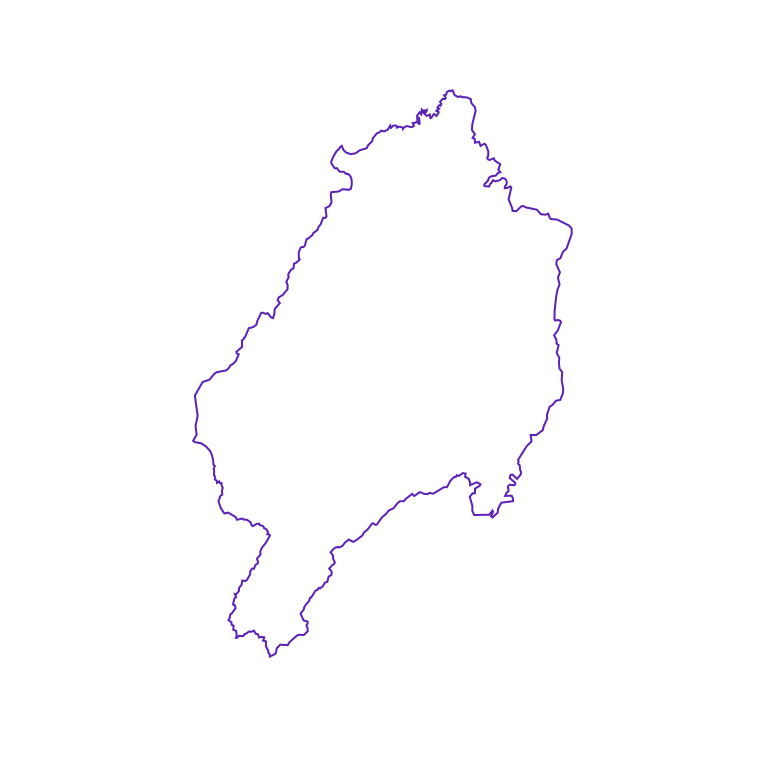 Nakhon Thai, Phitsanulok, Thailand, rotated 205°
{"feature_id": "78962969B15017109153074", "entity_name": "Nakhon Thai", "entity_type": "district", "adm_level": 2, "iso_a3": "THA", "parent_name": "Thailand", "parent_adm1": "Phitsanulok", "projection": "equal_earth", "projection_center": [100.905, 17.13], "detail": "fine", "context": "isolated", "style": "outline", "palette": "violet", "viewbox_px": 768, "rotation_deg": 205, "n_neighbors": 0, "source": "geoboundaries", "source_scale": "gbopen_adm2", "svg_char_len": 6148}
<svg xmlns="http://www.w3.org/2000/svg" viewBox="0 0 768 768"><g transform="rotate(205 384 384)"><path d="M226.7,367.7L228.7,368.3L229.3,370.8L230.4,371.9L228.4,388.0L226.0,394.2L229.5,399.8L224.5,402.0L220.6,409.3L221.4,412.9L221.5,421.7L223.3,425.0L224.3,433.1L222.4,436.5L221.1,441.5L217.5,444.1L218.0,451.3L219.3,455.0L224.6,462.6L227.5,470.0L231.4,472.1L234.5,477.2L236.2,481.8L240.6,485.1L242.2,493.1L244.6,493.5L246.4,496.9L250.5,500.0L249.1,506.1L249.8,515.0L251.2,515.8L253.5,515.5L255.6,513.9L256.7,514.4L260.3,522.4L264.9,536.0L266.7,543.2L266.9,548.2L271.3,553.9L271.8,559.6L278.6,565.5L279.7,569.3L277.3,572.6L277.7,579.3L275.8,583.8L277.3,599.3L279.6,604.2L283.4,605.8L296.5,606.2L302.4,604.1L303.9,604.5L307.1,607.8L309.2,605.7L313.6,604.1L319.1,606.6L330.1,604.0L333.4,604.1L334.7,602.9L337.1,596.6L340.7,595.2L342.0,597.4L349.1,604.0L351.6,615.8L353.2,616.4L354.9,613.9L357.3,612.5L357.9,614.2L357.3,616.8L358.0,618.7L359.5,620.5L361.4,621.1L363.9,620.7L365.2,617.6L368.8,614.6L371.4,614.8L371.5,611.7L372.4,610.2L372.2,607.4L376.6,605.8L377.5,607.3L375.8,611.7L376.0,615.5L374.7,617.4L370.8,620.1L369.8,623.6L368.1,625.1L371.0,626.7L371.5,632.3L378.1,633.3L379.8,635.0L382.9,631.7L384.6,631.5L386.1,632.6L385.9,634.6L387.9,639.1L392.9,643.9L394.7,644.1L397.1,640.6L400.3,643.7L403.4,641.1L405.2,644.3L407.7,644.5L407.1,648.7L411.8,651.5L413.9,657.4L416.4,670.2L418.6,673.3L423.5,675.5L425.7,678.8L429.8,678.8L434.9,676.9L436.1,677.2L438.4,675.3L442.2,675.8L446.0,679.2L447.6,677.4L448.8,677.5L450.4,675.3L450.0,672.6L451.5,671.0L449.0,669.6L449.2,668.0L451.3,667.2L452.5,663.3L450.3,662.0L450.4,660.1L451.7,660.1L452.4,657.2L450.4,656.7L451.9,654.5L451.8,653.5L449.7,653.9L449.2,653.2L449.7,649.1L452.9,649.8L453.7,645.2L454.4,644.6L456.4,647.6L458.5,645.0L461.5,645.9L460.7,649.6L461.1,650.5L461.9,649.2L463.1,649.1L462.8,645.8L463.4,647.4L465.6,648.6L464.3,644.2L466.5,645.4L467.4,641.3L465.8,638.1L465.0,640.0L464.1,639.3L461.7,634.9L462.8,634.5L464.2,636.5L466.3,633.8L468.2,632.6L466.0,630.6L466.5,629.5L467.6,628.4L472.3,627.4L474.1,625.3L474.7,623.2L475.4,624.4L478.7,623.8L480.7,621.8L481.5,623.2L482.7,623.2L484.8,622.2L485.9,619.1L487.6,620.8L488.0,616.1L490.5,613.1L493.7,612.4L494.4,610.3L496.4,608.2L498.0,602.0L497.3,599.1L499.4,593.5L499.3,590.4L504.5,585.9L507.5,580.8L511.5,578.2L516.3,577.8L519.7,579.0L522.9,582.0L523.9,580.3L524.0,578.0L525.4,575.2L526.1,567.8L525.8,563.1L524.7,561.6L519.7,558.6L517.9,559.7L514.0,557.7L510.2,559.3L506.8,558.4L505.3,559.3L502.0,557.9L500.0,555.9L497.7,551.7L496.5,547.0L497.8,545.2L503.8,543.1L506.6,539.2L512.8,535.6L512.5,533.6L508.3,526.4L508.6,522.1L511.4,518.7L506.9,511.5L507.4,509.7L509.4,508.9L508.9,501.7L509.7,499.1L509.5,495.3L511.9,490.8L511.8,488.9L514.3,483.6L515.4,482.5L514.2,476.0L514.9,474.0L516.4,473.5L517.2,472.1L516.9,467.3L514.2,461.8L513.0,461.2L514.7,457.0L516.4,455.0L514.9,450.5L516.5,448.2L517.1,444.5L516.9,442.2L515.6,440.8L515.7,435.4L513.0,432.7L511.5,429.1L513.5,421.6L516.0,418.1L515.8,415.0L512.6,413.3L514.8,405.8L513.1,401.6L512.4,396.8L514.8,396.7L519.4,399.1L520.6,397.6L524.4,397.3L525.4,396.4L525.4,387.1L524.7,383.8L526.9,380.0L530.1,377.5L529.7,367.9L530.4,366.7L530.2,365.1L531.2,363.5L528.3,357.6L531.4,350.9L530.6,349.5L528.2,349.5L528.0,342.2L529.4,338.2L531.1,336.0L531.5,332.3L532.8,329.6L540.6,324.0L542.0,321.8L543.9,314.3L549.2,309.2L550.5,293.5L539.5,276.5L537.0,266.2L532.4,258.8L533.0,251.9L531.3,251.3L524.6,253.0L519.0,252.2L513.2,249.7L510.7,247.6L507.3,243.7L504.3,238.6L502.7,238.3L502.4,234.7L501.5,234.2L499.6,229.6L498.4,229.1L496.9,226.0L494.7,225.7L493.6,223.8L492.1,226.1L490.9,224.9L489.3,225.5L488.3,223.4L486.3,221.9L485.8,218.9L483.8,215.4L485.0,213.4L484.4,207.6L479.2,202.4L474.0,199.2L470.8,201.6L462.2,200.7L459.9,198.8L455.5,202.2L453.9,201.8L451.1,203.0L446.5,202.3L444.1,199.9L442.8,199.8L440.3,203.4L438.3,204.7L437.2,203.7L433.2,204.1L431.8,202.7L429.1,202.6L426.5,200.8L426.3,198.5L424.4,199.2L423.3,198.5L423.9,190.6L425.5,183.7L425.3,179.5L423.8,177.3L425.4,172.0L422.9,169.5L422.7,168.0L424.0,165.7L423.8,161.6L425.4,161.1L426.1,157.6L424.9,155.2L425.4,148.5L426.4,146.8L429.4,146.0L428.2,141.8L429.2,138.2L428.0,135.2L429.1,130.9L430.4,130.6L427.9,128.4L428.9,126.2L427.8,120.8L427.1,120.1L425.4,120.4L423.8,118.0L424.9,112.1L425.9,110.2L424.9,106.4L425.1,104.2L421.6,103.6L420.3,101.4L418.2,101.5L416.8,97.6L413.7,97.7L411.0,93.4L411.0,91.4L410.1,91.6L409.1,94.4L405.4,95.8L404.6,97.0L404.6,98.7L403.4,99.5L401.6,102.8L399.7,103.2L397.6,105.5L394.8,103.5L392.5,103.9L390.0,101.4L387.9,103.2L385.4,103.8L385.1,100.3L382.2,100.9L380.3,96.5L376.1,93.3L375.5,91.8L373.5,90.8L372.2,88.8L368.6,93.3L368.4,95.1L369.5,99.0L367.9,103.9L360.9,106.6L360.5,110.2L356.7,119.0L355.1,120.8L350.6,122.6L348.6,127.6L350.6,131.2L352.3,132.4L352.0,134.8L352.8,136.4L357.1,135.8L362.6,140.7L361.4,145.8L362.0,147.7L361.7,150.5L360.2,155.7L360.7,159.0L359.8,159.6L358.7,168.0L357.3,169.1L357.0,171.6L355.6,171.8L354.0,174.5L353.7,178.9L351.8,180.7L352.8,186.1L351.1,188.4L351.4,190.6L352.7,192.2L355.7,193.5L354.4,197.9L353.1,199.8L353.2,201.7L356.0,203.8L358.1,207.3L361.3,208.9L359.7,214.3L357.1,216.8L355.9,216.7L353.3,219.6L352.3,223.9L350.2,228.1L345.1,227.9L342.4,232.0L339.6,237.6L339.5,240.7L337.4,245.1L335.8,252.4L335.0,253.2L332.5,252.7L331.1,253.5L329.5,262.2L327.2,267.2L326.3,271.1L322.8,275.6L321.4,281.7L320.0,284.5L316.4,286.2L316.1,288.2L312.1,296.3L309.2,295.3L305.8,301.2L300.6,301.5L297.7,302.8L296.8,304.6L293.0,305.4L286.1,315.8L283.3,317.1L283.0,324.1L281.3,329.1L279.7,330.0L279.5,332.1L277.4,332.3L274.9,336.6L272.2,337.3L271.3,334.2L267.2,333.9L264.3,331.0L263.3,328.7L258.3,334.2L254.2,333.9L254.3,332.1L257.3,327.7L255.4,323.3L257.5,322.5L258.6,318.1L252.3,310.7L250.4,306.4L246.9,303.4L233.3,310.0L232.2,315.1L231.2,314.2L230.9,309.2L229.3,308.9L226.6,315.4L227.9,319.4L227.5,326.0L217.6,332.3L218.4,334.4L221.1,336.7L226.9,333.8L227.0,336.7L225.9,339.9L228.2,343.1L228.3,344.3L227.2,346.1L223.5,347.0L222.6,348.4L223.4,350.0L230.4,351.9L230.9,355.1L229.3,356.2L223.3,354.2L221.9,359.9L222.7,362.3L224.0,363.2L226.7,367.7Z" fill="none" stroke="#5b21b6" stroke-width="2"/></g></svg>